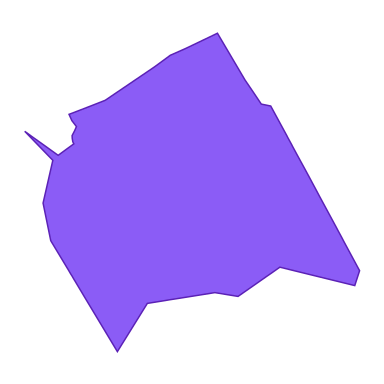 San Antonio Acutla, Oaxaca, Mexico, rotated 89°
{"feature_id": "50627088B20203637446703", "entity_name": "San Antonio Acutla", "entity_type": "district", "adm_level": 2, "iso_a3": "MEX", "parent_name": "Mexico", "parent_adm1": "Oaxaca", "projection": "mercator", "projection_center": [-97.495, 17.744], "detail": "fine", "context": "isolated", "style": "filled", "palette": "violet", "viewbox_px": 384, "rotation_deg": 89, "n_neighbors": 0, "source": "geoboundaries", "source_scale": "gbopen_adm2", "svg_char_len": 1029}
<svg xmlns="http://www.w3.org/2000/svg" viewBox="0 0 384 384"><g transform="rotate(89 192 192)"><path d="M288.4,30.9L273.6,25.8L244.8,40.7L240.4,42.9L233.5,46.5L232.3,47.1L230.1,48.2L202.9,62.3L197.9,64.9L191.2,68.3L185.2,71.4L180.7,73.7L170.1,79.2L155.6,86.8L152.1,88.6L147.9,90.8L146.6,91.4L138.6,95.6L137.7,96.0L107.4,111.8L105.3,121.2L94.6,128.1L93.2,129.0L81.0,137.0L33.7,163.8L48.5,196.1L54.9,211.3L66.3,227.4L98.8,277.2L104.1,291.4L112.2,313.6L118.5,310.9L124.6,306.4L128.7,308.3L133.5,310.9L136.4,310.8L139.7,310.3L141.8,309.3L146.2,315.6L153.0,325.2L150.0,329.2L142.1,339.8L133.9,350.9L128.4,358.2L157.9,330.6L200.5,341.1L238.1,334.1L238.5,333.9L238.9,333.7L268.6,316.5L271.5,314.9L274.1,313.3L275.4,312.6L277.9,311.2L279.9,310.0L281.0,309.4L282.2,308.7L287.1,305.9L290.2,304.1L293.9,302.0L350.3,269.4L302.6,238.6L300.0,220.3L299.4,216.5L298.8,212.0L298.1,206.9L293.0,170.9L297.2,147.8L284.9,129.5L277.6,118.7L274.5,114.0L268.7,105.5L273.2,88.5L288.4,30.9Z" fill="#8b5cf6" stroke="#5b21b6" stroke-width="1.5"/></g></svg>